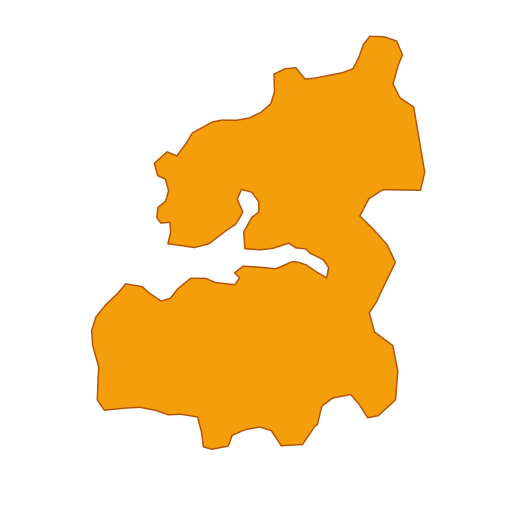 outline of Sacheon-si, South Gyeongsang, South Korea, rotated 79°
{"feature_id": "91817680B75900877128055", "entity_name": "Sacheon-si", "entity_type": "district", "adm_level": 2, "iso_a3": "KOR", "parent_name": "South Korea", "parent_adm1": "South Gyeongsang", "projection": "mercator", "projection_center": [128.03, 35.037], "detail": "fine", "context": "isolated", "style": "filled", "palette": "amber", "viewbox_px": 512, "rotation_deg": 79, "n_neighbors": 0, "source": "geoboundaries", "source_scale": "gbopen_adm2", "svg_char_len": 1741}
<svg xmlns="http://www.w3.org/2000/svg" viewBox="0 0 512 512"><g transform="rotate(79 256 256)"><path d="M139.9,72.8L127.9,84.7L113.2,88.7L95.5,79.8L86.7,73.9L71.9,76.9L65.1,88.7L62.1,102.4L69.0,110.3L80.8,117.2L90.6,125.0L92.6,136.8L92.6,165.3L91.6,174.1L78.8,181.0L77.8,191.8L80.8,203.6L98.4,206.5L109.3,212.4L116.1,224.2L119.1,236.0L119.1,248.8L116.1,263.5L116.1,273.3L119.3,283.1L123.0,294.9L132.8,303.8L142.6,314.6L136.8,323.4L145.6,338.1L158.4,337.2L163.3,330.3L175.1,329.3L184.9,334.2L189.8,343.1L199.6,346.0L205.5,343.1L206.5,334.2L216.3,335.2L227.1,340.1L236.0,314.6L235.0,299.8L225.2,280.2L221.2,270.4L216.3,265.5L210.4,260.6L196.7,263.5L187.8,257.6L192.7,247.8L203.5,242.9L213.4,244.8L217.3,252.7L230.1,263.5L246.8,265.5L250.7,250.7L251.7,238.0L249.7,221.3L255.6,215.4L258.5,205.6L263.5,202.6L269.4,194.7L272.3,190.8L281.1,186.9L291.0,190.8L283.1,199.7L274.3,208.5L270.3,215.4L268.4,221.3L272.3,238.9L267.4,255.6L265.4,263.5L263.5,270.4L268.4,280.2L274.3,276.3L280.2,282.2L274.3,300.8L268.4,309.7L265.4,324.4L273.3,339.1L281.1,348.0L282.1,357.8L272.3,367.6L264.4,373.5L258.5,389.2L266.4,399.0L275.2,412.8L285.1,424.6L297.8,431.5L312.6,433.4L335.2,431.5L346.0,434.4L366.9,439.2L378.4,434.4L380.3,413.8L382.3,399.0L388.2,384.3L395.1,372.5L397.0,359.8L402.9,344.0L417.7,343.1L433.4,344.0L437.3,336.2L437.3,319.5L427.5,313.6L424.5,300.8L424.5,285.1L430.4,274.3L447.1,267.4L449.9,246.3L434.5,230.9L433.0,227.8L416.1,220.2L410.0,207.9L410.0,189.5L420.7,183.3L436.1,177.2L436.1,166.4L423.8,146.5L396.2,138.8L370.1,138.8L353.2,154.2L333.3,155.7L324.0,146.5L313.3,138.8L288.8,120.4L270.3,125.0L251.9,135.8L236.6,146.5L221.2,134.2L215.1,118.9L222.8,82.0L205.9,74.4L139.9,72.8Z" fill="#f59e0b" stroke="#b45309" stroke-width="1.5"/></g></svg>